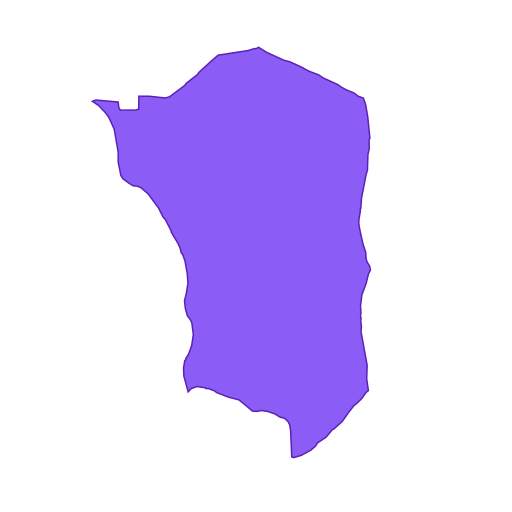 Ixtahuacán, Huehuetenango, Guatemala (Equal Earth projection), rotated 170°
{"feature_id": "79465075B38724413967486", "entity_name": "Ixtahuacán", "entity_type": "district", "adm_level": 2, "iso_a3": "GTM", "parent_name": "Guatemala", "parent_adm1": "Huehuetenango", "projection": "equal_earth", "projection_center": [-91.799, 15.426], "detail": "fine", "context": "isolated", "style": "filled", "palette": "violet", "viewbox_px": 512, "rotation_deg": 170, "n_neighbors": 0, "source": "geoboundaries", "source_scale": "gbopen_adm2", "svg_char_len": 1915}
<svg xmlns="http://www.w3.org/2000/svg" viewBox="0 0 512 512"><g transform="rotate(170 256 256)"><path d="M346.4,134.0L342.6,136.8L336.5,137.6L329.1,135.1L328.1,134.0L326.0,133.8L320.3,130.4L318.6,128.4L307.5,121.7L297.8,117.3L292.4,111.1L286.5,103.9L282.0,102.8L277.7,102.9L271.3,100.8L265.0,97.3L260.4,93.2L256.1,91.2L253.3,87.6L252.2,84.1L252.2,78.3L255.7,51.9L253.8,50.9L246.0,51.8L235.4,55.4L230.1,58.7L228.1,61.1L218.2,65.6L211.0,71.7L209.2,72.2L199.6,78.3L191.5,86.3L184.8,92.3L183.6,92.5L176.8,97.1L171.3,102.5L168.7,103.9L168.3,115.9L165.5,129.1L165.7,163.6L164.4,168.1L164.1,174.4L163.4,175.8L163.4,179.3L162.5,181.7L161.8,188.4L158.6,199.1L152.1,210.3L148.2,219.1L145.8,222.1L145.8,226.2L147.7,231.1L148.0,234.4L147.3,240.5L148.6,249.7L149.2,264.5L149.1,270.4L148.3,274.0L145.4,282.2L145.4,283.9L144.6,284.4L142.0,294.8L136.8,308.2L133.9,316.0L131.3,321.3L128.2,336.4L126.0,341.6L124.4,350.9L123.4,352.1L121.8,373.5L121.7,385.8L122.8,392.8L128.0,395.9L130.9,399.3L138.3,404.0L142.4,407.3L145.8,410.7L159.1,419.8L162.6,423.3L172.0,429.0L175.8,432.0L177.1,433.2L188.8,441.3L194.8,444.1L210.4,454.9L217.2,461.1L220.1,460.1L221.3,460.6L228.2,459.7L258.4,460.4L266.3,455.7L280.1,446.9L282.4,444.7L294.4,438.4L296.5,436.4L313.5,427.8L317.9,427.4L333.5,431.9L343.6,433.7L346.0,421.0L349.0,420.6L364.3,423.2L365.3,426.1L365.0,431.6L386.6,437.4L390.3,436.8L384.7,431.3L379.1,422.8L376.8,417.9L373.6,405.5L373.7,382.2L375.4,372.5L375.1,358.7L373.6,355.1L368.0,349.3L364.7,346.4L361.0,345.5L357.2,343.0L351.4,335.8L343.7,320.3L340.8,310.6L338.9,307.4L335.2,295.6L335.2,293.8L330.5,281.6L329.3,276.3L329.2,274.1L329.0,271.7L328.0,270.5L326.8,263.5L326.8,250.1L327.8,240.7L331.2,231.1L334.2,224.3L334.7,216.9L334.0,209.1L331.4,203.9L330.8,200.7L331.4,189.4L334.8,179.2L339.3,171.3L343.0,167.1L343.1,166.0L344.3,165.4L346.8,158.4L347.9,150.2L346.4,134.0Z" fill="#8b5cf6" stroke="#5b21b6" stroke-width="1.5"/></g></svg>